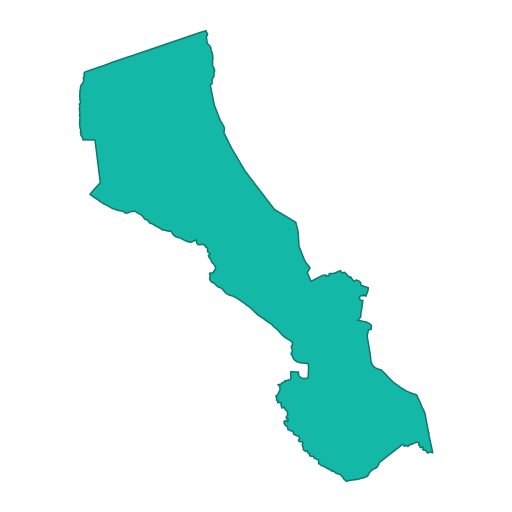 Tigania East, Eastern, Kenya (Albers equal-area conic projection)
{"feature_id": "3690345B96077090238536", "entity_name": "Tigania East", "entity_type": "district", "adm_level": 2, "iso_a3": "KEN", "parent_name": "Kenya", "parent_adm1": "Eastern", "projection": "albers", "projection_center": [37.791, 0.27], "detail": "fine", "context": "isolated", "style": "filled", "palette": "teal", "viewbox_px": 512, "rotation_deg": 0, "n_neighbors": 0, "source": "geoboundaries", "source_scale": "gbopen_adm2", "svg_char_len": 6028}
<svg xmlns="http://www.w3.org/2000/svg" viewBox="0 0 512 512"><path d="M205.9,30.7L198.8,32.9L132.3,55.6L127.0,57.3L111.7,62.5L106.1,64.7L86.1,71.6L84.5,72.3L84.0,74.1L84.2,76.7L83.5,77.5L83.4,78.5L83.9,80.1L83.0,82.8L80.9,85.5L80.5,86.5L80.5,88.7L80.0,90.4L79.8,95.6L79.6,96.4L80.0,98.6L79.8,99.6L80.5,101.6L80.4,102.4L80.1,103.4L79.3,104.2L79.9,106.2L79.4,108.3L79.6,111.5L80.0,113.5L79.5,114.9L79.5,115.7L79.8,116.5L80.1,118.3L79.6,119.9L79.9,120.7L79.6,122.6L79.8,123.2L79.6,124.6L80.2,128.6L80.9,130.2L80.4,132.6L81.0,133.7L80.9,135.4L81.7,136.2L83.0,138.5L82.9,139.8L90.7,140.0L95.0,139.9L100.3,182.8L93.7,189.8L90.0,194.4L93.6,197.1L98.1,199.8L98.8,200.6L100.5,201.8L102.1,202.6L102.9,203.5L107.4,205.5L112.4,208.5L114.5,209.1L117.8,210.3L120.6,210.8L121.4,211.1L123.2,211.3L125.4,213.1L127.6,213.0L130.4,211.8L132.3,211.4L134.9,211.3L141.0,214.8L143.2,216.8L144.1,218.4L145.1,219.3L146.6,219.8L147.9,220.5L149.2,222.3L150.1,223.3L152.0,223.7L155.6,225.9L157.6,226.8L161.0,228.9L162.4,230.0L164.5,230.1L167.1,230.9L170.6,231.3L171.4,231.6L172.9,234.2L173.7,235.2L175.8,236.8L177.9,237.5L180.1,237.9L183.9,240.0L187.3,241.5L188.3,241.9L191.1,242.3L193.2,241.2L196.2,240.0L196.6,242.5L197.3,243.8L198.0,244.7L201.1,244.6L202.7,244.2L203.4,244.8L204.6,245.2L205.1,245.7L205.5,246.9L206.6,247.4L207.6,248.4L207.5,250.2L207.6,251.5L208.1,252.4L209.1,252.8L209.9,253.7L209.6,254.5L208.9,254.9L208.4,255.5L208.6,256.4L209.4,257.8L210.4,258.9L211.4,261.2L211.6,262.1L213.8,264.2L215.6,267.2L215.6,268.2L215.2,269.4L213.9,271.0L213.3,272.5L212.8,273.0L210.7,272.9L209.7,273.4L209.6,274.4L210.3,276.6L209.7,277.8L209.6,278.8L210.3,280.4L211.4,282.0L213.4,282.8L214.9,283.9L217.6,286.6L218.6,287.1L220.9,288.0L221.8,288.5L225.8,293.1L226.8,293.8L229.0,295.0L233.0,296.1L237.3,298.4L244.4,303.3L247.0,305.4L249.9,307.2L257.5,314.7L263.0,318.3L267.4,321.6L271.3,324.1L272.0,324.6L273.0,325.9L278.3,330.5L278.8,331.3L282.4,335.2L284.3,336.8L287.1,338.7L290.1,340.5L292.7,342.5L292.3,343.6L292.5,344.6L292.1,345.4L291.4,346.1L291.3,346.9L291.6,347.6L291.5,348.4L292.5,350.0L292.4,351.0L291.8,352.0L291.6,352.8L291.1,353.5L291.3,354.4L291.8,354.9L293.6,359.0L295.1,360.5L296.4,361.4L298.1,362.2L300.9,362.9L308.0,363.4L308.6,366.4L308.2,377.1L307.9,377.8L306.3,378.4L303.4,378.5L301.6,378.1L299.8,376.8L299.1,375.9L298.5,374.3L298.5,372.1L290.8,371.7L290.6,373.8L290.9,377.1L290.8,378.6L290.4,379.4L288.7,380.1L287.9,380.1L286.5,380.6L284.9,380.7L284.6,381.7L283.9,382.2L282.4,382.5L281.3,383.8L280.3,384.3L278.2,384.7L279.9,386.6L280.0,388.9L279.7,390.5L277.2,395.4L275.9,396.1L276.7,398.6L276.5,400.0L277.8,401.0L277.7,402.6L278.6,402.3L280.5,402.9L281.3,402.8L281.2,404.5L280.9,405.3L281.4,405.7L281.7,407.8L282.7,407.9L283.5,407.5L284.5,407.5L284.6,408.4L285.1,409.1L286.2,410.5L287.5,411.5L287.4,413.0L287.9,413.9L287.4,414.6L287.4,415.5L286.3,417.1L286.2,417.8L286.6,418.6L287.6,418.7L288.0,419.7L288.3,420.9L287.8,421.7L286.9,420.9L286.0,420.5L284.4,421.1L284.0,421.7L284.2,422.7L284.1,423.7L284.8,424.2L285.5,425.5L286.5,426.1L287.2,426.8L287.8,428.0L288.0,429.7L289.0,429.8L289.6,430.4L291.2,430.9L292.0,430.9L293.3,432.0L293.5,433.9L294.2,434.6L295.2,434.8L296.0,435.4L296.9,435.8L298.3,436.2L299.1,436.7L299.6,437.7L299.6,438.7L298.6,439.7L298.5,440.5L299.0,441.3L299.8,441.6L300.8,441.8L302.1,441.7L302.8,442.2L302.7,443.4L302.3,444.3L302.3,445.2L303.4,448.2L303.2,448.9L303.5,449.8L305.3,451.2L307.4,450.7L307.5,452.3L308.1,453.0L309.2,453.4L309.7,454.0L309.4,454.6L309.7,455.4L310.3,456.1L313.2,456.3L313.7,456.9L314.3,458.3L314.9,458.6L315.8,458.7L316.6,459.0L317.6,459.6L318.3,459.8L318.6,461.4L318.6,463.7L320.4,464.3L321.4,465.7L324.1,466.3L325.1,467.2L325.7,467.4L327.5,468.6L328.8,468.7L329.4,469.8L330.3,469.7L331.0,470.2L331.7,471.2L332.6,470.7L334.0,471.7L334.8,472.0L336.0,473.3L338.7,474.0L340.6,474.8L341.3,475.6L342.0,476.7L342.8,477.0L344.0,479.3L345.2,480.1L346.2,481.3L347.4,481.1L348.2,480.6L358.2,479.3L359.8,478.7L363.2,477.9L365.0,477.1L365.7,477.1L366.6,476.7L367.5,476.0L368.2,475.1L369.5,472.6L370.8,471.1L373.4,469.1L374.4,468.6L376.1,468.0L377.0,467.3L377.6,466.2L378.9,464.3L379.0,463.3L379.4,462.5L402.8,444.2L403.6,444.8L403.9,445.8L404.6,446.2L406.5,445.4L407.3,446.1L408.0,446.4L410.0,444.6L412.1,444.2L414.2,443.0L417.2,442.2L418.0,442.3L418.7,442.8L418.9,443.9L418.7,444.9L420.1,446.3L420.1,447.3L420.8,447.7L422.2,446.9L423.2,447.6L423.2,448.7L422.6,449.5L423.4,450.0L424.3,450.2L425.1,450.1L425.9,450.7L427.2,452.7L428.1,453.0L429.0,452.2L430.4,452.2L432.7,452.6L428.7,434.0L429.0,433.1L428.4,432.0L425.0,413.4L423.4,409.7L422.4,407.9L419.6,401.1L417.7,397.4L417.2,395.9L416.6,395.0L414.7,394.1L413.2,393.8L408.0,391.8L405.6,390.7L403.4,389.0L400.9,387.8L397.7,385.3L393.0,382.1L391.5,380.3L389.8,378.8L385.6,374.2L381.5,370.1L379.0,369.2L377.3,368.8L376.4,368.3L375.3,367.9L372.9,365.6L372.3,364.7L371.8,363.5L370.9,361.1L370.3,354.8L367.1,335.8L368.6,329.8L371.1,329.4L371.5,326.2L370.7,324.5L366.5,322.0L357.8,320.3L360.7,317.0L360.9,312.9L361.9,308.3L361.9,307.6L362.1,306.8L362.1,304.9L362.9,300.5L360.3,300.3L359.1,297.4L360.9,295.7L363.8,295.7L363.9,294.9L365.9,296.1L368.1,290.2L368.2,287.7L361.0,285.3L360.7,283.1L360.4,282.4L359.2,281.2L356.8,280.1L356.0,280.2L354.1,281.2L352.5,279.7L351.3,277.8L350.5,276.8L349.6,277.5L345.4,273.0L344.4,272.3L342.0,272.9L340.4,270.6L333.9,273.4L329.2,273.6L329.1,275.7L325.7,275.9L325.7,275.1L322.7,275.3L311.1,281.3L307.3,272.8L310.0,267.9L305.4,261.9L304.2,259.4L299.0,246.2L298.1,231.7L295.8,222.3L274.4,209.4L245.1,171.1L231.5,148.0L223.8,132.5L224.4,130.0L224.2,127.2L221.9,123.0L220.5,120.9L214.4,105.4L210.5,86.1L210.4,85.0L211.8,84.0L212.1,83.4L212.1,79.0L213.9,76.6L214.1,72.0L214.6,71.1L214.5,69.3L213.1,66.7L212.5,65.3L212.6,59.6L213.0,58.5L212.9,57.5L212.6,56.9L212.8,55.4L212.4,54.7L212.3,53.0L211.4,50.8L210.9,50.1L210.8,49.3L211.0,48.5L210.6,47.3L209.4,45.5L207.5,43.7L207.2,43.0L206.4,36.9L206.7,36.1L207.2,35.5L207.6,33.8L207.2,33.1L206.5,32.7L206.4,31.8L205.9,30.7Z" fill="#14b8a6" stroke="#0f766e" stroke-width="1.5"/></svg>